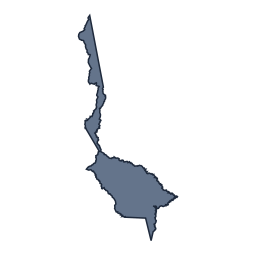 El Paujil, Caquetá, Colombia
{"feature_id": "7082276B38512916070217", "entity_name": "El Paujil", "entity_type": "district", "adm_level": 2, "iso_a3": "COL", "parent_name": "Colombia", "parent_adm1": "Caquetá", "projection": "albers", "projection_center": [-75.204, 1.773], "detail": "fine", "context": "isolated", "style": "filled", "palette": "slate", "viewbox_px": 256, "rotation_deg": 0, "n_neighbors": 0, "source": "geoboundaries", "source_scale": "gbopen_adm2", "svg_char_len": 5852}
<svg xmlns="http://www.w3.org/2000/svg" viewBox="0 0 256 256"><path d="M86.0,128.8L99.3,151.4L98.7,151.4L98.3,151.8L98.3,152.7L98.0,153.0L97.8,154.6L95.8,155.8L96.0,156.9L95.8,157.6L96.2,158.1L96.3,159.8L95.8,160.7L95.8,161.9L95.3,162.3L95.1,163.1L93.7,163.5L92.7,164.8L92.0,164.9L91.0,166.0L90.3,166.0L88.8,166.6L88.5,167.1L88.0,167.2L86.4,169.2L88.7,170.1L90.9,169.7L92.4,171.3L93.4,171.2L93.4,171.7L93.8,171.8L94.4,172.8L94.9,173.2L95.0,174.0L95.4,174.1L95.8,174.6L95.6,174.9L95.8,174.9L95.8,175.8L96.0,175.8L96.2,176.3L95.8,176.8L95.9,177.3L96.5,177.7L96.8,179.0L97.3,179.4L98.2,179.5L98.6,180.6L99.1,180.4L99.7,181.1L99.6,181.6L100.0,182.0L100.0,183.4L101.3,183.9L101.7,184.9L101.1,186.0L101.7,187.0L101.7,188.4L102.2,188.8L102.6,188.4L104.1,187.7L104.5,189.2L105.4,189.6L105.9,190.5L106.8,190.6L107.7,191.3L108.3,193.5L109.1,193.6L109.3,194.1L109.9,193.8L110.4,194.1L111.0,195.2L112.2,196.1L112.3,197.2L113.7,198.2L115.4,201.0L115.9,204.0L114.7,205.4L114.9,207.6L114.6,208.4L116.1,211.7L117.0,211.8L116.7,212.0L117.4,212.3L117.6,212.8L119.3,213.6L119.6,213.4L119.7,213.8L120.7,213.8L121.2,214.6L120.8,215.0L122.4,215.3L122.1,216.0L122.4,215.8L122.7,216.5L123.5,216.4L123.9,216.9L125.0,216.7L124.9,217.2L145.6,218.1L151.1,240.6L153.1,231.8L154.9,230.2L154.9,229.5L155.4,229.4L155.8,228.9L155.6,227.9L154.7,226.9L155.0,226.3L154.6,226.2L154.7,225.3L154.2,224.8L154.5,224.6L154.4,223.9L155.0,223.9L156.1,221.7L155.9,221.3L156.2,220.6L155.7,220.1L155.2,218.8L155.3,218.2L154.9,217.7L155.8,216.7L155.8,214.5L155.1,214.3L155.1,213.9L155.4,213.1L156.2,212.9L155.9,211.8L156.3,211.5L156.2,210.9L155.7,210.6L156.2,210.2L155.9,209.8L156.3,209.5L155.9,208.2L155.4,207.9L154.6,206.7L153.1,206.0L154.2,206.3L155.8,206.1L156.4,206.7L156.7,208.0L157.7,208.6L158.5,208.3L159.8,206.4L161.1,205.9L161.8,205.8L162.3,206.3L163.4,206.5L164.8,205.8L165.9,205.8L165.7,204.8L166.0,204.9L166.2,204.6L166.7,204.7L166.7,205.0L167.0,205.1L167.7,205.0L167.7,204.4L168.1,204.6L168.3,204.2L167.9,203.9L168.1,202.7L168.7,202.2L169.3,202.4L169.5,201.9L169.3,201.7L169.5,201.5L169.8,201.7L170.0,201.0L170.3,201.2L170.8,200.6L170.9,200.8L171.0,200.5L171.4,200.5L171.7,199.9L172.1,200.3L172.5,200.3L172.5,199.9L173.0,200.2L173.4,199.6L173.3,198.9L173.8,198.8L173.9,198.5L174.1,198.8L174.4,198.5L174.1,198.2L175.0,197.2L174.8,196.9L175.1,196.8L175.3,197.1L175.3,196.8L176.0,197.3L176.4,197.1L176.9,197.4L177.5,196.7L177.1,196.3L176.6,196.4L176.3,196.0L175.3,196.2L174.8,196.0L174.2,195.0L173.7,195.2L173.1,194.6L172.6,194.0L172.8,193.6L172.0,193.1L171.6,193.2L171.4,193.9L170.8,194.1L170.3,193.3L169.4,193.1L169.5,192.7L168.8,192.7L169.1,192.1L168.9,191.9L168.3,192.2L168.5,191.8L168.2,191.5L166.6,191.1L166.3,190.8L166.3,190.1L164.2,190.4L163.6,189.9L163.2,189.9L162.8,188.9L161.9,188.4L161.9,188.0L162.3,188.0L162.7,187.1L162.1,186.5L161.8,185.2L161.4,185.2L161.7,184.8L160.5,184.2L160.5,183.8L159.6,184.0L159.4,183.2L159.0,183.1L158.7,181.9L158.4,181.5L158.0,181.6L157.3,181.0L157.5,180.9L156.8,180.5L157.0,179.3L157.4,179.1L157.3,178.4L157.0,178.5L156.4,177.8L156.4,178.2L155.5,177.6L154.7,177.5L155.0,177.2L154.8,176.3L153.9,175.1L153.8,174.5L153.2,174.8L152.5,174.1L152.4,174.3L152.2,174.0L151.7,174.1L151.1,173.6L150.6,173.8L149.3,173.1L148.2,173.2L147.9,173.7L146.9,173.4L146.5,172.7L147.0,171.8L146.4,172.0L146.1,171.3L145.8,171.4L145.5,170.4L145.1,170.4L145.7,169.4L145.3,169.5L145.4,169.2L144.5,168.9L144.3,168.2L143.9,168.4L143.9,168.1L143.0,167.7L142.2,166.4L141.0,165.6L140.0,165.6L139.5,165.3L137.9,166.0L137.7,165.8L137.3,166.1L136.1,165.9L134.8,166.2L133.9,165.5L133.8,165.0L132.7,164.7L132.1,163.5L130.9,163.4L130.9,162.7L130.2,162.8L129.5,161.8L128.8,162.4L128.1,162.1L127.9,162.3L127.8,161.8L127.1,161.4L124.0,162.0L123.5,161.0L123.1,160.8L123.2,160.4L122.6,160.1L121.7,160.2L121.3,160.9L120.0,160.7L119.9,160.3L119.2,160.2L118.9,159.5L119.1,158.8L118.2,158.2L117.3,158.0L115.9,158.2L114.8,157.3L114.4,157.6L114.0,157.0L113.8,157.4L113.0,157.9L112.1,157.7L111.6,158.5L109.2,158.1L108.5,157.1L107.2,156.5L106.6,155.4L105.6,154.7L104.2,154.5L104.3,153.8L103.8,153.2L101.2,151.9L100.8,150.9L101.0,149.5L100.0,147.8L100.1,147.3L99.6,146.9L99.6,146.1L99.1,145.2L98.4,144.9L98.3,144.3L97.2,143.5L97.4,141.4L98.6,139.9L98.0,139.0L98.2,137.6L96.6,137.0L96.8,136.2L96.1,135.7L95.8,134.3L94.9,133.2L95.4,133.0L95.3,132.5L95.6,132.2L96.7,132.1L96.5,131.1L97.2,130.9L97.1,130.2L96.6,130.6L97.0,129.6L98.3,128.5L99.1,128.4L99.7,128.0L98.9,127.0L99.6,126.3L99.9,125.5L98.9,124.4L99.2,123.3L100.0,122.5L99.9,121.6L100.9,120.6L100.7,120.0L99.3,119.1L100.3,116.7L100.5,114.7L99.7,112.4L99.9,110.4L99.5,108.5L99.8,108.2L100.5,108.3L101.3,106.8L102.7,105.4L102.6,104.9L103.7,102.9L103.8,101.8L104.5,101.3L104.6,100.0L105.5,98.8L105.7,96.8L105.1,96.1L105.5,95.3L103.6,94.1L103.0,93.1L103.0,91.8L102.6,91.1L103.1,89.6L102.6,89.2L102.5,88.6L103.4,87.2L89.7,15.4L88.1,17.6L88.2,18.6L88.8,19.7L87.6,21.0L85.8,25.1L85.1,25.8L85.3,26.5L84.1,28.7L84.7,29.7L83.0,31.2L79.9,32.5L78.8,34.3L78.5,36.4L79.4,39.0L79.9,39.4L81.2,39.8L81.4,40.2L83.4,40.5L83.7,40.8L84.1,42.5L85.6,44.8L85.5,46.8L86.2,49.0L87.1,50.0L87.0,52.2L87.8,52.8L88.4,54.6L89.9,54.5L90.3,54.8L89.2,58.2L88.5,59.2L88.3,62.6L90.2,66.5L91.5,68.4L89.4,71.2L89.8,72.7L89.3,73.7L89.4,75.6L88.7,77.3L88.9,79.0L88.4,79.9L88.4,81.8L89.9,84.1L90.3,83.6L91.3,83.3L94.3,84.2L94.9,83.4L96.4,82.9L96.5,83.8L96.0,85.0L96.1,85.5L99.1,86.4L98.1,88.1L98.2,89.8L97.8,90.5L97.5,92.6L96.7,94.9L96.8,95.6L97.8,96.6L97.9,97.2L96.5,100.1L96.8,102.3L96.1,104.9L96.6,107.2L96.1,108.1L96.2,108.6L93.7,110.9L94.1,111.2L93.3,113.3L92.8,113.4L92.6,115.1L92.0,116.5L91.1,116.2L90.6,116.7L90.2,116.6L90.3,117.3L88.1,119.5L87.1,119.2L87.5,119.9L87.4,120.4L86.7,120.4L86.3,120.7L85.7,120.3L85.1,120.6L85.2,123.2L84.8,124.2L85.3,125.3L85.4,126.2L85.0,127.8L85.2,128.3L85.7,128.0L86.0,128.2L86.0,128.8Z" fill="#64748b" stroke="#1e293b" stroke-width="1.5"/></svg>